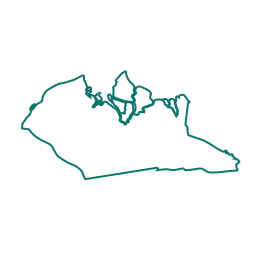 Indragiri Hilir, Riau, Indonesia (Equal Earth projection), rotated 261°
{"feature_id": "22746128B36468792556341", "entity_name": "Indragiri Hilir", "entity_type": "district", "adm_level": 2, "iso_a3": "IDN", "parent_name": "Indonesia", "parent_adm1": "Riau", "projection": "equal_earth", "projection_center": [103.334, -0.292], "detail": "fine", "context": "isolated", "style": "outline", "palette": "teal", "viewbox_px": 256, "rotation_deg": 261, "n_neighbors": 0, "source": "geoboundaries", "source_scale": "gbopen_adm2", "svg_char_len": 6000}
<svg xmlns="http://www.w3.org/2000/svg" viewBox="0 0 256 256"><g transform="rotate(261 128 128)"><path d="M152.1,184.4L151.5,183.7L150.0,183.2L151.6,181.6L151.5,181.0L150.3,180.1L148.0,180.0L145.9,178.8L141.5,179.1L137.6,180.1L135.9,179.4L134.4,179.6L131.9,177.6L132.8,177.0L135.0,176.6L136.2,176.0L140.0,174.8L140.8,173.9L142.1,171.8L142.1,171.2L142.6,170.4L142.9,170.1L144.0,170.1L145.7,168.0L147.2,168.0L149.9,166.8L150.6,165.7L151.1,164.4L151.6,160.9L151.5,159.7L150.9,158.1L148.6,157.4L147.2,156.2L146.9,154.4L146.0,151.7L145.4,146.0L144.8,145.9L142.6,146.8L141.0,146.4L142.0,142.8L142.0,142.2L141.7,141.7L140.8,141.4L139.6,140.2L139.3,139.3L140.3,136.7L141.2,135.6L140.6,134.6L137.2,132.2L135.2,129.6L133.7,129.6L133.6,127.4L132.4,126.9L132.0,126.4L131.9,125.3L133.8,124.4L135.2,121.9L136.7,120.9L139.7,121.9L140.6,121.9L147.9,119.8L151.3,116.1L153.4,114.3L154.0,113.3L157.0,111.0L157.7,109.5L157.3,108.0L154.8,106.2L154.9,104.2L156.1,103.4L156.5,102.0L156.3,101.5L155.6,100.7L155.9,99.9L155.5,98.1L154.6,98.7L154.1,98.4L154.3,97.2L153.9,96.9L154.6,96.3L157.7,99.5L157.9,99.9L157.9,101.0L158.4,101.1L159.7,100.4L160.9,101.2L161.5,100.5L163.5,100.0L164.6,99.0L165.3,98.8L166.2,97.4L166.6,96.5L166.5,95.6L165.8,95.0L164.8,95.7L164.1,95.6L165.8,93.8L166.8,93.3L168.4,91.9L170.1,92.9L170.6,92.7L172.9,93.5L172.8,92.9L174.3,93.9L175.4,94.0L180.0,93.0L180.7,92.6L181.3,92.7L182.1,92.1L186.2,92.6L186.9,91.8L187.0,91.1L184.0,82.0L182.6,71.9L182.5,67.7L181.6,63.5L180.2,59.5L177.7,53.7L176.9,52.5L174.2,50.0L171.6,48.4L168.2,47.4L167.2,45.9L165.8,41.6L164.8,40.5L162.7,38.4L160.7,35.6L157.2,33.5L157.1,33.0L156.5,32.8L156.4,32.5L156.1,32.4L153.8,29.4L151.8,27.6L151.7,27.1L151.1,26.9L149.6,25.1L147.5,24.0L144.1,23.3L142.2,29.9L138.4,32.0L134.7,34.8L130.2,39.6L124.3,48.1L121.6,50.1L113.3,53.1L111.1,54.4L106.9,58.7L103.0,63.5L98.5,70.6L95.2,73.7L93.3,75.1L91.5,76.0L86.8,76.8L84.2,77.8L84.2,148.4L84.5,149.4L83.3,151.3L82.8,151.3L81.8,150.3L81.4,159.2L79.4,165.7L79.2,167.4L79.5,175.9L77.5,178.1L76.9,181.5L76.8,192.8L76.4,194.2L75.7,195.5L72.4,199.4L71.7,200.8L71.0,203.3L70.2,209.3L69.7,219.9L69.0,229.0L69.4,229.6L70.6,229.5L72.0,228.9L74.8,229.2L75.4,229.6L76.1,231.2L77.1,232.5L77.6,232.7L78.3,231.9L79.9,231.2L80.2,229.4L81.2,229.3L81.3,227.9L81.8,228.3L83.1,227.6L83.5,227.7L84.2,226.6L85.5,227.1L85.9,226.4L85.7,224.1L86.4,223.3L87.0,223.3L87.4,222.9L87.9,223.0L88.2,222.2L87.8,221.4L88.0,220.8L89.2,221.6L89.5,221.2L90.3,221.4L90.2,219.8L89.5,219.0L90.4,217.1L94.3,212.2L99.7,206.2L104.0,200.6L111.0,187.4L111.8,186.4L115.2,186.3L119.4,186.8L122.1,185.3L123.7,185.6L143.0,191.1L143.3,191.3L143.5,192.5L144.1,192.9L144.5,192.7L145.0,191.9L146.1,191.5L151.9,188.4L152.4,186.0L152.1,184.4ZM164.1,119.0L162.6,118.4L160.9,118.8L159.1,121.4L156.8,125.7L154.7,129.8L154.1,132.7L152.9,136.4L153.2,137.2L153.9,138.0L154.6,138.2L158.7,136.6L159.7,137.2L161.1,140.0L163.4,139.5L165.0,139.5L166.5,140.9L166.9,140.6L167.4,141.0L169.5,140.1L171.9,138.4L172.9,137.3L175.3,136.3L175.7,135.9L179.9,134.8L182.2,134.6L183.6,134.9L184.3,134.4L184.2,133.4L182.6,130.1L177.2,123.5L176.5,123.4L175.5,124.0L175.4,123.7L173.0,123.1L172.9,122.7L172.0,122.2L171.4,121.4L170.8,119.9L170.4,119.7L168.2,119.7L166.1,119.4L164.9,118.9L164.1,119.0ZM145.1,138.3L141.7,136.1L140.5,136.8L139.5,139.4L140.8,141.0L141.9,141.5L142.2,142.0L141.6,146.0L145.0,145.3L145.9,146.3L147.7,155.5L148.0,156.1L149.3,156.7L150.4,156.8L151.0,156.2L152.3,155.9L153.4,154.9L154.5,154.5L158.3,156.2L158.7,156.0L158.7,155.7L159.3,155.9L160.3,155.5L162.3,153.8L162.6,153.0L162.8,153.0L163.6,152.0L166.9,146.7L167.3,145.7L167.4,144.9L167.0,143.3L165.5,141.5L164.0,140.9L161.3,141.5L160.7,141.2L159.8,139.9L159.2,138.1L158.7,137.7L154.7,139.2L153.3,138.7L152.5,137.8L150.6,138.6L148.4,138.9L145.1,138.3ZM139.5,122.9L137.0,121.9L136.3,121.9L134.3,125.0L132.5,126.1L132.6,126.4L133.8,126.9L134.2,127.7L136.0,128.5L138.1,131.2L139.5,131.8L140.8,132.8L142.7,135.1L144.8,136.2L150.6,136.3L151.6,135.9L153.0,134.1L153.7,131.7L153.7,130.6L151.7,129.2L150.2,129.3L148.5,128.1L147.3,128.1L146.4,128.5L144.6,127.0L143.2,127.3L143.0,127.0L142.9,126.4L143.7,124.6L142.8,122.8L139.5,122.9ZM154.8,126.8L159.4,117.9L159.6,117.4L158.9,116.5L155.6,117.1L152.7,118.1L150.4,120.3L148.8,121.3L143.0,122.7L143.7,124.4L143.7,124.7L143.1,126.4L143.1,127.0L144.6,126.9L146.2,128.3L147.5,127.8L148.6,127.9L150.3,129.1L152.3,129.1L153.7,130.2L154.8,126.8ZM142.7,172.1L142.2,172.3L141.1,174.3L140.3,175.2L134.5,177.0L133.2,177.1L132.7,177.5L133.2,178.3L134.1,179.0L136.3,179.0L138.0,179.6L141.0,178.4L143.3,178.5L145.9,178.0L147.9,178.5L149.1,177.5L150.0,175.6L149.9,174.1L149.5,174.1L149.5,173.8L148.2,172.8L145.5,173.3L142.7,172.1ZM165.6,101.9L164.8,100.3L163.6,100.9L162.0,100.9L161.4,101.6L160.1,102.2L159.1,103.0L159.4,104.2L158.1,104.4L158.1,106.1L160.5,106.6L162.0,106.2L165.5,104.0L166.0,103.4L166.3,102.5L165.6,101.9ZM150.9,167.6L150.7,167.3L150.0,167.2L148.5,167.5L147.4,168.2L145.9,168.2L143.9,170.4L142.9,170.3L142.3,171.0L142.1,171.6L144.2,172.0L145.6,172.7L149.4,171.4L150.0,170.9L150.8,169.6L150.9,167.6ZM163.3,113.3L160.5,113.4L158.6,114.0L155.6,116.5L158.8,115.9L160.6,116.9L163.8,115.6L164.0,114.8L163.8,113.8L163.3,113.3ZM170.8,94.9L170.8,94.2L170.4,93.5L168.4,92.1L166.9,93.5L168.4,95.0L168.7,96.0L169.2,96.7L170.5,97.5L171.4,97.3L171.4,96.9L170.8,94.9ZM165.8,39.6L166.1,39.1L166.0,38.5L165.0,36.6L162.8,34.6L161.8,34.3L161.2,34.6L161.9,36.0L163.0,37.5L165.8,39.6ZM173.2,97.7L174.5,96.3L174.4,95.7L172.9,93.8L170.7,93.0L170.3,93.1L170.8,94.1L171.5,96.7L172.5,97.6L173.2,97.7ZM157.9,104.4L159.3,104.0L158.9,103.0L157.9,102.0L157.4,102.0L156.8,102.3L156.3,103.7L155.2,104.6L156.8,105.9L157.9,106.1L157.9,104.4ZM155.4,97.4L154.4,96.6L154.2,96.8L154.5,97.7L154.3,98.2L154.7,98.4L155.2,97.8L155.7,98.0L156.1,99.4L155.9,100.7L156.7,101.8L157.6,101.5L159.1,102.5L160.2,101.4L159.7,100.9L158.6,101.6L157.8,101.3L157.5,100.9L157.5,100.0L156.3,98.9L155.4,97.4ZM165.9,106.2L166.7,106.1L166.9,105.6L165.9,106.2Z" fill="none" stroke="#0f766e" stroke-width="2"/></g></svg>